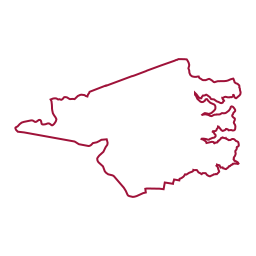 Willoughby, New South Wales, Australia
{"feature_id": "25037944B78861208186776", "entity_name": "Willoughby", "entity_type": "district", "adm_level": 2, "iso_a3": "AUS", "parent_name": "Australia", "parent_adm1": "New South Wales", "projection": "robinson", "projection_center": [151.215, -33.802], "detail": "fine", "context": "isolated", "style": "outline", "palette": "rose", "viewbox_px": 256, "rotation_deg": 0, "n_neighbors": 0, "source": "geoboundaries", "source_scale": "gbopen_adm2", "svg_char_len": 5838}
<svg xmlns="http://www.w3.org/2000/svg" viewBox="0 0 256 256"><path d="M50.6,99.5L51.5,101.3L51.9,105.0L52.0,107.2L52.0,108.4L52.2,110.1L52.9,113.3L54.0,115.2L55.6,117.5L56.4,119.2L56.0,120.9L55.5,121.9L54.2,123.8L52.9,125.0L52.2,125.3L51.6,125.2L50.1,124.0L48.9,123.4L47.5,123.5L45.6,124.2L44.4,124.4L43.0,124.5L42.2,124.3L41.6,123.7L41.1,121.3L40.8,120.6L40.3,120.1L39.4,119.9L38.8,120.0L36.4,121.7L35.6,121.9L34.8,121.8L33.1,120.7L32.1,120.4L31.1,120.4L23.8,121.9L21.7,122.6L19.7,124.1L17.6,126.4L15.7,127.4L15.4,127.8L15.4,128.3L16.0,129.8L17.8,131.7L24.0,132.4L30.1,133.5L74.5,141.5L75.1,141.8L78.9,144.2L88.5,146.0L89.4,145.9L90.5,145.4L91.3,144.8L92.9,143.1L96.8,142.3L99.0,141.2L101.4,139.8L106.7,139.3L107.6,142.8L107.5,143.7L107.3,144.8L105.6,147.2L103.4,151.8L99.2,155.6L97.9,157.3L97.4,158.1L97.2,158.8L97.5,160.6L98.4,162.2L103.0,166.4L104.8,171.3L106.1,172.8L108.2,174.3L112.3,175.3L113.2,175.7L114.0,176.3L123.8,187.7L125.8,190.9L127.5,194.7L128.2,195.6L129.3,196.1L132.8,196.9L134.5,196.7L136.6,196.1L143.2,193.1L145.8,192.5L145.3,188.8L146.9,188.5L159.6,188.7L163.6,189.2L164.8,182.5L173.0,183.8L173.2,182.4L173.7,181.1L174.1,179.5L179.3,180.4L179.6,178.8L181.7,178.0L182.2,177.5L183.2,176.9L183.8,176.3L185.1,174.3L186.1,174.6L186.5,174.5L189.1,172.8L192.3,171.6L193.1,170.9L193.4,170.2L193.4,169.9L194.7,170.2L195.8,170.0L196.9,170.1L198.5,172.4L200.4,173.3L200.8,173.7L201.3,173.8L201.7,174.1L202.1,173.6L202.8,173.1L205.3,173.1L205.8,173.3L206.8,174.8L207.4,175.1L207.6,175.4L209.3,176.2L210.1,176.3L211.6,175.5L212.7,175.1L213.9,174.3L215.2,174.3L215.7,174.0L216.8,174.2L219.1,171.8L219.2,171.3L218.4,169.6L217.8,167.3L217.3,166.5L216.5,165.8L216.9,165.4L217.0,164.6L217.7,164.9L219.5,165.3L220.6,167.6L222.6,167.4L222.9,168.0L223.2,168.4L223.9,168.4L224.7,168.8L225.9,169.1L226.2,169.0L227.1,168.2L228.4,167.3L228.7,166.5L228.9,166.3L229.3,166.1L229.5,166.2L230.0,166.1L231.0,165.1L232.4,164.5L232.4,164.2L232.8,163.8L233.1,163.9L234.2,163.5L235.0,163.6L236.7,163.7L237.9,164.0L238.5,163.5L237.8,162.4L236.3,161.4L235.0,161.1L234.6,160.8L234.7,160.6L234.0,160.0L233.6,159.4L233.9,158.8L233.7,158.3L233.9,157.4L235.0,155.8L235.7,153.8L235.4,152.5L235.5,152.2L235.3,151.8L235.4,150.8L236.4,149.6L236.6,149.1L236.8,148.2L236.7,147.5L236.9,147.0L238.3,146.3L238.7,145.7L238.8,145.0L238.5,143.0L238.1,142.0L237.2,141.4L236.0,141.0L234.4,139.4L233.3,139.0L232.3,139.0L231.5,139.3L230.5,140.0L228.5,140.1L227.9,139.5L226.3,138.7L226.1,138.4L226.0,138.6L225.5,138.3L223.3,137.8L222.2,137.8L222.2,137.6L221.2,138.0L220.9,138.3L220.7,138.8L219.5,140.0L218.8,140.4L218.9,140.5L218.7,140.8L218.1,140.9L218.0,141.4L217.8,141.6L217.4,142.3L217.0,142.5L216.8,142.3L216.5,142.3L216.0,142.5L214.3,143.3L214.0,143.0L213.9,142.4L213.6,142.1L211.9,141.8L206.5,143.0L206.1,141.9L205.5,141.2L203.3,139.7L201.5,139.1L201.6,138.8L201.8,138.7L204.0,138.7L206.3,139.1L207.9,139.7L208.9,139.7L209.1,139.6L210.2,138.8L210.5,138.8L212.5,137.9L214.0,137.7L214.8,137.2L215.6,136.2L215.6,135.1L215.2,134.5L214.5,133.9L213.8,132.6L212.7,131.8L213.0,131.2L215.1,131.1L216.1,130.6L216.5,130.0L216.8,129.0L217.9,127.7L218.0,126.5L218.7,126.7L219.0,127.4L219.6,127.9L221.4,130.2L222.6,130.9L223.1,130.8L224.9,130.1L225.6,129.6L225.9,129.0L226.2,128.9L227.7,129.3L228.6,130.3L231.1,130.0L232.7,130.5L233.8,130.4L234.4,130.1L234.9,129.6L235.2,128.7L235.4,126.3L235.0,124.8L234.1,123.4L233.8,122.5L234.2,121.2L234.7,120.3L234.9,118.9L234.6,118.3L233.4,117.5L232.5,116.5L232.3,116.2L232.2,115.6L232.3,115.1L233.0,114.1L233.4,112.9L235.1,111.1L235.2,110.1L235.0,109.5L233.9,107.9L233.0,106.9L232.4,106.6L231.6,106.4L231.2,106.6L230.8,106.9L230.5,107.8L230.4,108.4L228.9,110.6L226.3,112.6L225.3,113.1L223.9,113.3L222.0,113.1L219.8,114.4L217.9,114.5L216.7,114.4L216.5,114.6L214.6,114.7L213.2,115.2L212.5,115.7L211.5,116.1L210.2,115.9L208.9,115.2L207.8,114.8L205.4,114.3L203.7,114.5L202.3,114.9L202.2,114.8L203.4,113.9L204.4,113.3L204.9,113.1L207.1,113.5L207.9,113.8L208.3,114.2L208.7,114.2L208.9,113.8L210.4,113.5L211.7,112.8L213.9,110.8L215.1,109.4L215.4,108.4L215.4,107.6L215.4,106.6L215.1,105.6L214.7,105.0L214.2,104.5L210.8,103.0L210.2,102.7L208.0,100.6L207.2,99.3L206.8,99.1L205.6,99.4L204.9,100.7L203.2,101.9L201.9,102.1L200.5,101.7L197.4,98.9L196.0,95.9L195.1,94.9L195.0,94.4L195.0,92.9L196.6,94.5L198.7,97.4L200.0,98.1L200.9,98.4L201.3,98.3L201.9,96.8L202.6,96.1L202.8,95.6L204.8,95.4L205.8,94.8L206.3,94.7L207.7,95.5L208.2,96.0L209.6,96.9L210.2,97.6L210.6,98.5L211.2,99.1L214.0,99.4L216.8,101.4L218.6,102.0L220.5,103.0L221.6,103.1L222.6,102.7L222.9,102.3L223.4,101.2L224.1,100.8L224.0,100.5L222.9,99.3L222.3,98.1L222.3,97.8L223.0,97.9L224.5,97.0L225.6,96.8L227.7,97.3L229.8,97.3L230.1,97.1L231.6,97.2L232.6,96.6L233.1,96.0L233.3,95.6L233.2,95.0L233.5,94.9L233.8,95.1L234.3,96.7L234.7,97.4L235.5,98.1L236.2,98.2L239.6,95.3L240.4,94.0L240.6,92.2L240.0,90.2L239.8,88.3L239.3,87.5L239.4,86.2L239.2,85.4L237.5,83.8L236.0,83.3L234.7,82.4L234.5,82.0L234.4,81.3L233.9,80.3L233.7,79.3L233.2,78.6L230.6,79.3L227.9,80.5L226.4,80.9L224.4,81.1L217.8,81.2L215.7,81.8L214.6,82.2L213.7,82.0L212.0,80.5L210.3,79.4L209.2,78.9L208.5,79.0L205.8,80.1L203.0,80.1L202.4,79.9L200.5,78.6L199.6,78.2L199.0,77.4L198.7,76.5L197.2,76.6L196.2,76.9L194.9,76.9L193.0,76.6L191.8,76.2L190.3,74.9L189.4,72.8L189.2,70.4L188.4,68.3L189.1,66.0L189.2,64.8L188.7,62.9L188.1,61.6L186.9,59.6L186.7,59.4L184.5,59.2L178.4,59.1L177.0,59.9L176.3,59.9L174.6,60.7L161.2,65.4L147.0,70.6L146.0,71.1L134.6,75.4L132.5,76.1L132.1,76.1L106.3,85.7L106.0,85.8L105.9,85.5L89.9,91.7L89.4,92.1L89.1,93.1L88.6,93.8L88.0,94.5L87.4,96.5L85.8,96.0L84.5,95.1L81.4,94.7L80.2,94.9L77.8,96.0L74.6,99.1L72.8,98.9L70.0,99.1L69.4,98.9L67.0,97.4L65.6,97.1L64.6,97.1L63.9,97.4L63.1,98.5L62.3,99.3L61.2,99.8L59.4,99.2L58.1,99.5L56.5,98.5L55.0,98.3L53.2,98.5L50.6,99.5Z" fill="none" stroke="#9f1239" stroke-width="2"/></svg>